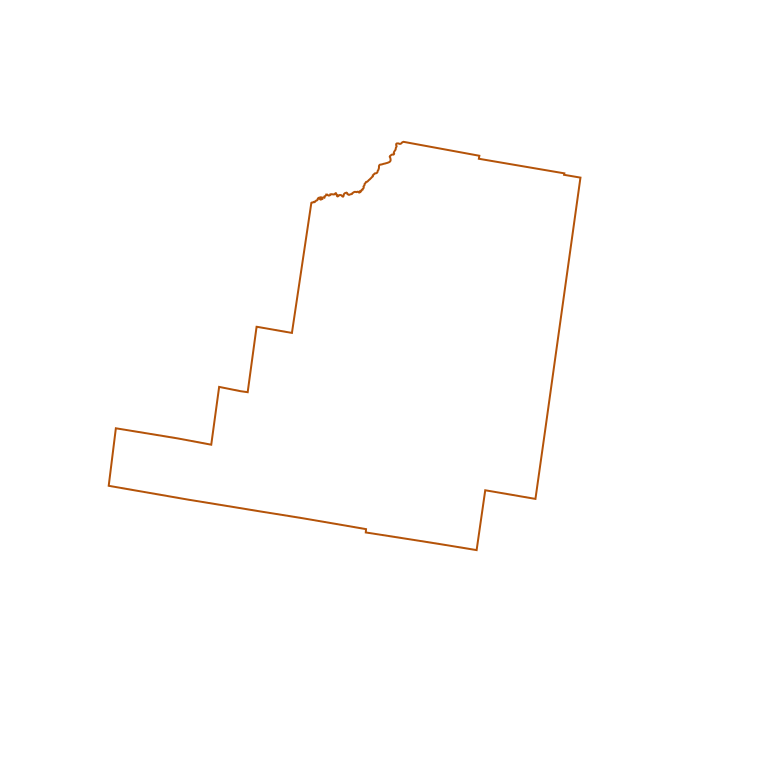 General La Madrid, Buenos Aires, Argentina (Robinson projection), rotated 53°
{"feature_id": "61730980B93674688207762", "entity_name": "General La Madrid", "entity_type": "district", "adm_level": 2, "iso_a3": "ARG", "parent_name": "Argentina", "parent_adm1": "Buenos Aires", "projection": "robinson", "projection_center": [-61.69, -37.401], "detail": "fine", "context": "isolated", "style": "outline", "palette": "amber", "viewbox_px": 768, "rotation_deg": 53, "n_neighbors": 0, "source": "geoboundaries", "source_scale": "gbopen_adm2", "svg_char_len": 4245}
<svg xmlns="http://www.w3.org/2000/svg" viewBox="0 0 768 768"><g transform="rotate(53 384 384)"><path d="M299.6,665.1L300.1,664.7L358.6,609.9L411.1,559.7L442.4,529.6L489.1,485.7L491.6,487.9L519.4,460.9L545.9,435.3L572.4,410.0L529.8,367.1L550.0,348.1L566.9,332.2L519.7,284.9L515.0,280.2L337.4,102.9L325.3,114.3L324.3,113.2L261.2,172.7L259.1,170.5L202.3,222.7L202.0,224.0L202.0,224.3L202.1,224.7L202.2,225.2L202.2,225.9L202.0,226.5L201.7,226.9L201.3,227.3L200.8,227.5L200.5,227.8L200.2,228.1L199.9,228.6L199.6,229.0L199.6,229.6L199.9,230.0L200.2,230.3L200.7,230.6L201.4,230.7L201.9,231.0L202.0,231.2L202.1,231.5L202.3,232.1L202.8,232.7L203.2,233.1L203.8,233.7L204.1,234.7L204.2,235.0L204.4,235.5L204.6,236.0L204.8,236.4L205.1,236.9L205.6,237.2L206.2,237.3L206.4,237.6L206.5,238.3L206.2,238.8L205.9,239.1L205.6,239.5L205.5,240.2L205.5,240.8L205.6,241.4L205.5,241.8L205.7,242.2L206.0,242.7L206.7,242.8L207.2,242.9L207.9,243.2L208.6,243.6L209.3,244.1L209.8,244.8L209.9,245.3L210.0,245.9L209.9,246.3L209.8,247.0L209.7,247.3L209.5,247.9L209.3,248.6L208.9,249.5L208.6,250.4L208.2,251.2L207.9,251.9L207.6,252.8L207.4,253.4L207.1,253.9L206.9,254.5L206.5,255.0L206.4,255.7L206.6,256.4L207.1,257.0L207.6,257.4L207.9,257.6L208.5,258.1L209.0,258.8L209.6,259.5L209.8,260.3L210.1,260.9L210.7,261.5L211.0,262.1L211.1,262.8L211.0,263.3L210.7,264.0L210.4,264.3L210.3,264.8L210.5,265.4L210.4,266.1L210.6,266.5L210.6,266.9L210.6,267.4L210.9,267.6L211.3,267.7L211.5,268.1L211.5,268.5L211.5,269.1L211.6,269.7L211.7,270.1L211.8,270.6L211.8,271.3L212.0,271.9L212.0,272.4L212.0,273.1L212.1,273.8L212.2,274.4L212.3,275.0L212.3,275.8L212.0,276.3L211.9,276.9L212.1,277.1L212.1,277.5L212.4,278.0L212.5,278.5L212.6,279.2L213.1,279.6L213.5,280.0L213.7,280.5L213.8,281.1L214.0,281.6L214.5,281.8L214.8,281.9L215.0,282.1L215.3,282.6L215.4,283.0L215.4,283.4L215.8,284.0L215.6,284.2L215.5,284.4L215.6,284.9L215.9,285.2L216.0,285.5L216.1,285.8L215.8,286.1L216.0,286.5L216.3,286.9L216.1,287.2L215.7,287.3L215.5,287.5L215.7,287.9L216.0,288.2L216.3,288.2L216.2,288.6L215.9,288.8L215.6,288.8L215.2,288.8L214.8,289.2L214.4,289.6L214.4,290.1L214.2,290.5L213.9,290.7L213.5,291.0L213.3,291.4L212.9,291.8L212.7,292.4L212.7,292.7L212.7,293.1L212.6,293.5L212.6,293.9L212.7,294.4L212.6,294.7L212.7,294.9L212.9,295.1L212.8,295.5L212.7,295.9L212.5,296.2L212.3,296.6L212.2,297.1L212.1,297.4L212.0,297.9L211.8,298.2L211.5,298.3L211.2,298.4L210.7,298.8L210.3,298.9L210.1,298.7L209.7,298.6L209.0,298.6L208.6,298.8L208.4,299.4L208.2,299.9L208.1,300.2L208.1,300.9L208.2,301.2L208.3,301.8L208.5,302.2L208.9,302.5L209.1,302.7L209.3,303.1L209.5,303.2L209.6,303.6L209.7,303.9L209.3,304.3L208.9,304.4L208.2,304.4L207.6,304.5L207.1,304.8L206.9,305.1L206.7,305.4L206.4,305.7L206.2,306.2L206.4,306.9L206.4,307.7L206.3,308.1L206.1,308.3L205.4,308.4L205.1,308.3L204.9,307.8L204.8,307.6L204.3,307.7L203.9,307.9L203.6,308.1L203.3,308.2L203.0,308.0L202.8,307.6L202.6,307.6L202.5,307.8L202.5,308.2L202.6,308.6L202.7,309.0L202.5,309.3L202.6,309.7L202.4,310.0L202.2,310.3L201.5,311.0L200.9,311.6L200.8,312.0L200.5,312.2L200.4,312.5L200.2,312.8L200.4,313.1L200.7,313.2L200.7,313.5L200.6,314.0L200.4,314.5L200.2,314.8L199.6,315.0L199.3,315.3L199.1,315.5L198.9,315.4L198.6,315.4L198.5,315.7L198.2,315.8L198.0,316.1L198.3,316.3L198.4,316.8L198.5,317.3L198.5,317.7L198.5,318.2L198.4,318.6L198.8,318.9L199.1,319.0L199.4,319.5L199.2,319.8L198.9,320.0L198.6,320.1L198.4,320.4L198.4,320.8L198.1,321.1L197.8,321.5L197.5,321.6L197.3,321.7L196.9,322.0L196.7,322.4L197.1,322.5L197.5,322.5L197.8,322.3L198.0,322.2L198.4,322.4L198.6,322.3L198.9,322.3L199.0,322.3L198.9,322.6L198.8,322.8L198.7,323.2L198.7,323.5L198.2,323.8L197.7,323.9L197.3,324.0L197.0,324.0L196.9,324.1L196.4,324.2L196.0,324.3L196.0,324.6L196.1,325.0L196.1,325.3L196.3,325.5L196.6,325.6L196.8,325.9L196.9,326.4L197.0,326.7L197.0,327.0L196.8,327.3L196.7,327.9L196.8,328.2L196.8,328.7L196.7,329.0L196.8,329.3L197.0,329.6L197.0,330.0L196.7,330.2L196.4,330.3L196.3,330.5L196.2,330.8L196.3,331.2L196.2,331.4L196.2,331.7L196.1,331.9L195.9,332.1L195.7,332.4L195.6,332.6L195.6,333.0L287.8,426.8L261.9,451.0L262.1,451.3L261.8,451.5L308.5,497.8L303.4,502.9L287.1,517.4L328.5,558.5L303.3,581.5L258.0,624.8L299.6,665.1Z" fill="none" stroke="#b45309" stroke-width="2"/></g></svg>